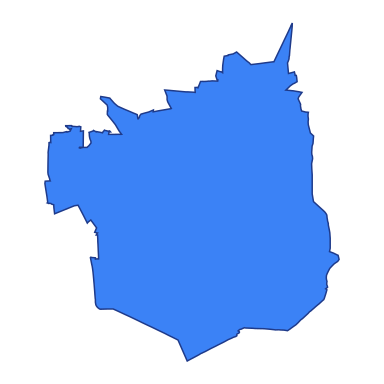 the district of Apaseo el Alto, Guanajuato, Mexico
{"feature_id": "50627088B77789788594664", "entity_name": "Apaseo el Alto", "entity_type": "district", "adm_level": 2, "iso_a3": "MEX", "parent_name": "Mexico", "parent_adm1": "Guanajuato", "projection": "orthographic", "projection_center": [-100.583, 20.433], "detail": "fine", "context": "isolated", "style": "filled", "palette": "blue", "viewbox_px": 384, "rotation_deg": 0, "n_neighbors": 0, "source": "geoboundaries", "source_scale": "gbopen_adm2", "svg_char_len": 5780}
<svg xmlns="http://www.w3.org/2000/svg" viewBox="0 0 384 384"><path d="M51.6,204.1L52.5,204.4L53.7,204.7L53.9,207.8L54.6,213.8L68.6,208.1L74.3,205.8L78.0,205.2L79.4,207.7L83.0,214.6L86.6,221.7L87.3,223.1L87.9,222.4L88.5,221.8L90.8,220.0L96.6,227.9L95.7,229.9L94.7,232.3L97.5,233.0L97.3,233.2L96.7,234.2L96.2,235.0L97.6,235.1L97.6,236.1L97.8,239.6L97.8,241.2L98.0,244.6L98.3,251.7L98.5,255.7L98.6,258.9L96.6,258.9L96.0,259.0L95.4,259.1L95.4,257.8L91.8,257.5L90.8,257.2L90.4,257.6L91.7,264.2L92.2,266.3L92.6,268.9L93.0,272.0L93.4,276.1L94.1,284.0L94.8,292.9L94.9,294.4L95.2,298.2L95.4,299.6L95.4,302.3L95.5,302.9L95.8,304.6L96.1,305.4L96.7,306.4L97.6,307.5L99.0,308.6L99.6,309.0L100.3,309.2L107.3,309.0L113.2,309.0L117.6,311.0L125.3,314.6L129.5,316.5L139.5,321.3L141.7,322.4L148.0,325.4L151.9,327.2L158.5,330.4L164.8,333.4L167.7,334.9L170.3,336.2L171.1,336.6L171.6,336.8L175.0,338.5L178.0,340.0L187.2,361.0L199.2,354.6L201.1,353.4L201.8,353.2L202.9,352.6L205.1,351.6L207.0,350.6L211.1,348.4L216.0,346.0L217.5,345.2L224.3,341.8L228.1,339.7L232.0,338.0L232.9,337.5L235.4,336.6L235.7,336.6L236.2,336.2L236.9,335.7L236.7,335.1L237.0,334.1L237.4,333.7L238.1,333.5L239.1,332.9L239.4,332.4L239.4,331.9L239.1,331.5L238.1,330.9L238.4,330.5L239.0,330.1L239.9,329.4L241.1,329.2L242.8,328.4L244.5,327.7L245.0,327.9L245.9,328.0L253.0,328.3L255.0,328.5L259.2,328.6L263.8,328.7L269.6,329.2L274.1,329.7L275.5,329.9L278.2,329.8L279.0,329.8L280.0,329.9L280.9,330.0L281.4,330.0L283.9,330.1L285.2,330.3L287.5,330.7L290.5,328.7L290.8,328.4L294.0,326.1L295.9,324.8L298.2,322.6L299.4,321.3L300.6,320.0L301.5,319.3L302.4,318.7L308.1,313.4L309.6,311.7L310.6,311.1L311.5,310.3L312.4,309.5L313.7,308.4L315.7,306.6L318.2,304.5L318.4,304.4L319.0,303.9L321.3,301.8L322.8,300.4L323.7,299.7L324.2,298.7L325.2,295.6L326.0,293.0L326.9,289.8L326.7,289.4L325.7,288.8L327.6,287.2L327.3,286.1L326.7,284.4L326.8,282.3L327.0,281.6L326.4,279.2L326.3,277.6L326.4,276.4L326.4,276.0L326.5,275.3L327.3,273.3L328.5,270.8L329.1,269.7L329.7,268.5L330.4,267.7L332.3,265.7L334.2,263.8L337.8,261.3L339.1,259.4L338.1,255.3L337.8,255.2L334.5,253.6L333.5,253.1L329.5,251.6L330.2,248.2L330.2,238.3L329.8,232.7L329.3,229.8L328.8,227.4L328.3,224.9L328.3,223.4L327.6,221.1L327.4,219.5L327.1,218.0L326.9,215.7L326.7,214.8L326.2,213.9L325.0,212.2L323.7,210.9L313.5,201.6L312.2,193.9L312.2,175.1L311.8,169.0L311.6,163.7L312.5,159.3L312.6,158.4L312.4,156.4L311.8,154.4L311.7,152.2L312.1,146.1L313.0,143.5L313.3,139.5L313.3,139.0L313.6,136.0L310.4,133.0L309.3,128.7L308.3,124.8L308.1,121.8L308.4,119.1L308.0,116.1L308.1,113.5L308.4,112.3L306.8,112.1L306.2,112.2L301.6,111.0L300.8,108.3L300.8,107.7L300.6,106.9L300.5,105.8L300.5,104.9L300.6,104.3L298.1,98.8L298.7,97.0L302.0,92.4L298.6,91.7L296.6,91.4L293.2,90.8L291.8,90.7L290.2,90.5L285.9,90.1L289.1,87.0L290.2,85.9L291.7,84.8L293.2,83.8L294.6,83.2L296.0,82.3L297.1,81.7L296.7,77.7L296.3,75.4L295.1,75.4L295.1,74.8L294.4,71.9L293.4,72.2L288.5,73.5L287.5,62.9L288.3,61.0L288.9,59.3L288.9,59.1L289.0,58.8L289.1,57.1L289.2,56.3L289.3,56.2L289.5,55.3L289.5,54.8L289.9,49.4L290.0,48.8L291.9,29.7L292.2,26.1L292.3,23.0L290.9,25.8L291.0,25.9L289.5,29.0L288.7,30.8L287.8,32.7L283.8,41.0L283.3,42.1L273.9,61.8L273.2,61.8L269.2,62.3L264.5,62.9L260.2,63.5L250.9,64.6L250.0,63.7L249.3,62.9L247.2,61.3L246.0,60.3L243.0,57.6L236.6,52.0L233.2,53.9L228.2,54.9L228.1,55.5L224.2,56.2L223.7,58.7L223.5,60.0L222.7,65.7L222.7,66.7L222.6,68.2L222.6,72.7L221.1,71.7L220.6,71.8L220.3,71.7L219.7,71.5L218.0,70.9L217.1,70.6L216.0,75.0L215.8,75.8L215.9,76.3L217.0,79.6L217.9,79.9L217.7,81.1L217.4,81.1L215.0,81.0L212.9,80.9L211.9,80.9L209.3,81.2L208.9,81.1L206.2,81.4L203.3,81.5L203.1,81.4L200.5,81.5L199.1,85.1L197.9,87.8L197.5,87.4L195.0,87.5L195.1,90.9L195.2,91.5L195.2,92.4L193.4,92.2L188.1,91.9L186.0,91.9L168.6,90.3L164.7,90.0L166.3,94.2L166.9,95.6L167.1,96.9L167.1,99.7L167.7,101.8L168.2,102.8L171.3,108.5L170.8,108.7L158.0,110.9L154.9,111.5L153.2,111.8L153.4,110.0L148.7,112.0L144.9,113.0L141.0,114.1L140.2,115.1L139.5,116.3L139.5,117.1L138.3,118.8L137.9,118.8L137.2,114.6L136.7,114.4L134.6,113.5L134.0,113.3L127.7,110.6L126.7,110.2L124.3,109.2L119.2,106.9L117.7,106.2L114.8,103.7L114.0,102.9L113.8,102.7L109.9,98.3L109.8,98.1L105.1,97.2L100.8,96.5L100.4,98.8L107.2,105.1L107.7,107.4L107.7,111.1L107.4,111.1L107.3,114.3L107.8,115.2L112.6,121.1L115.4,124.7L118.3,129.6L118.4,129.8L119.4,131.4L120.8,133.2L121.6,134.3L120.0,134.4L119.7,134.3L114.0,134.4L108.6,134.4L109.0,132.0L110.5,131.9L109.6,130.9L108.9,131.0L108.7,131.3L105.9,130.6L104.5,130.3L104.4,130.2L103.7,131.1L103.2,131.5L102.5,132.8L101.2,132.5L100.9,132.5L99.9,132.2L99.0,132.1L97.6,131.8L96.3,131.6L96.3,131.9L96.2,131.9L92.9,130.1L93.0,130.2L93.1,130.4L93.1,131.0L89.0,132.4L89.3,133.6L89.3,134.8L89.4,136.1L89.7,137.9L90.1,139.3L90.9,141.2L91.0,143.0L89.0,145.6L87.3,147.1L87.1,147.4L85.0,147.4L83.5,147.4L81.7,147.7L80.2,148.2L79.3,147.8L79.4,147.5L79.5,147.3L83.2,147.3L83.4,130.9L81.0,131.2L80.5,131.3L80.8,126.8L79.2,126.3L79.1,126.5L76.9,126.7L74.9,126.5L71.9,126.3L71.8,125.7L71.6,125.6L65.7,125.7L65.8,126.4L67.5,127.4L67.5,127.6L68.0,128.3L68.1,128.2L68.6,128.4L69.5,129.4L69.9,129.2L70.1,129.0L71.3,128.7L70.1,131.2L67.0,132.1L66.8,131.6L66.2,131.7L62.9,132.6L53.9,132.7L53.7,132.7L53.6,133.1L53.8,133.9L53.7,134.1L53.7,134.6L52.6,134.9L52.6,135.3L50.6,135.4L50.7,141.2L50.8,142.6L49.4,142.4L49.0,142.6L49.0,144.2L48.9,146.2L48.8,146.4L48.6,148.3L48.3,150.7L48.1,152.5L48.2,154.3L48.0,163.1L48.0,163.6L47.9,172.3L48.1,174.3L49.6,178.7L50.0,180.5L50.2,180.9L46.3,181.1L45.2,181.2L44.9,183.5L45.3,186.3L46.0,190.7L46.9,196.2L47.4,199.9L47.7,202.1L47.7,202.6L47.3,202.9L47.6,203.0L47.9,203.1L48.1,203.1L48.3,203.4L48.9,203.5L49.5,203.3L50.1,203.4L50.6,203.5L51.0,203.5L51.6,204.1Z" fill="#3b82f6" stroke="#1e3a8a" stroke-width="1.5"/></svg>